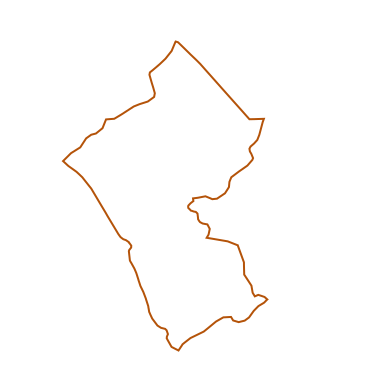 Quamishli, Hasaka (Al Haksa), Syria (Mercator projection), rotated 239°
{"feature_id": "27442178B53577550578456", "entity_name": "Quamishli", "entity_type": "district", "adm_level": 2, "iso_a3": "SYR", "parent_name": "Syria", "parent_adm1": "Hasaka (Al Haksa)", "projection": "mercator", "projection_center": [41.203, 36.804], "detail": "fine", "context": "isolated", "style": "outline", "palette": "amber", "viewbox_px": 384, "rotation_deg": 239, "n_neighbors": 0, "source": "geoboundaries", "source_scale": "gbopen_adm2", "svg_char_len": 2678}
<svg xmlns="http://www.w3.org/2000/svg" viewBox="0 0 384 384"><g transform="rotate(239 192 192)"><path d="M217.7,291.3L223.0,281.8L223.2,281.5L224.7,278.9L224.8,278.7L235.5,276.7L259.2,272.2L297.0,265.1L297.3,265.1L297.6,265.0L303.2,263.6L311.2,261.4L311.7,261.3L326.6,257.4L327.6,257.1L329.4,255.5L329.2,255.1L323.4,247.2L319.9,237.9L318.2,230.2L316.7,221.2L316.2,217.5L314.4,215.9L306.2,213.7L301.3,212.5L295.8,211.0L293.0,208.5L292.3,200.7L294.3,192.3L295.3,186.1L294.8,171.8L294.8,163.1L298.5,155.7L292.8,148.2L291.6,139.8L293.0,135.1L292.5,128.9L287.8,119.2L287.6,108.3L284.9,97.4L281.2,98.5L278.7,99.2L278.5,99.3L277.8,99.5L268.8,103.4L265.0,104.5L263.9,104.8L261.0,105.6L260.8,105.6L259.2,105.8L257.6,106.0L249.8,107.0L246.9,107.4L226.5,107.3L224.4,107.3L218.8,107.3L214.8,107.2L213.5,107.2L209.2,107.2L193.9,107.2L190.2,107.5L188.6,108.1L186.9,108.8L185.1,110.3L184.7,110.6L181.8,111.9L181.2,111.9L181.2,112.0L180.9,112.0L178.6,112.2L177.3,112.3L175.8,111.3L175.7,111.2L175.4,110.4L174.6,108.3L174.4,108.1L173.8,107.4L169.0,105.2L165.3,103.5L164.4,103.4L163.3,103.4L162.5,103.4L156.3,103.2L156.1,103.2L155.5,103.1L153.2,102.8L152.7,102.7L151.7,102.6L150.3,102.3L144.4,100.9L144.2,100.8L140.2,99.9L138.1,99.4L131.4,98.8L124.2,97.5L123.6,97.3L116.7,95.7L115.8,95.3L114.8,94.9L114.7,94.9L112.2,93.9L111.1,93.5L109.9,93.4L108.7,93.2L107.7,93.1L104.0,92.7L95.3,93.6L91.5,95.5L88.5,98.5L87.6,98.7L86.6,99.0L84.1,98.5L83.7,98.4L83.3,98.3L82.6,98.2L81.7,97.0L81.1,96.1L80.3,95.5L79.7,95.0L77.9,94.9L74.3,94.8L70.8,94.7L69.7,94.7L68.9,95.2L65.5,97.3L63.8,98.4L63.1,98.8L65.7,104.3L66.3,105.4L66.7,108.1L67.6,115.5L66.7,125.6L66.3,130.2L67.0,135.2L68.6,145.9L68.4,154.3L66.8,157.3L64.8,161.1L60.7,161.1L56.4,165.0L55.6,167.7L54.6,170.9L55.1,176.3L58.3,183.7L60.0,190.2L60.0,196.8L61.0,200.6L61.1,201.2L64.4,200.2L64.8,200.0L67.3,197.9L69.7,195.8L70.2,192.1L74.4,192.1L81.1,194.7L87.0,194.5L94.3,194.2L101.9,198.5L105.0,200.3L122.5,203.7L122.7,203.8L131.3,197.2L142.3,184.4L145.2,181.0L146.9,184.2L151.2,188.2L155.9,188.5L156.3,188.5L157.7,186.9L159.5,184.9L162.0,183.4L163.4,183.2L165.5,183.2L167.1,184.0L170.7,185.6L173.0,185.0L174.2,183.6L175.4,182.6L175.9,182.2L176.7,181.4L178.1,181.2L180.1,180.6L181.2,181.0L182.1,181.7L182.3,182.1L183.1,185.0L183.4,187.5L183.5,188.5L186.0,189.6L184.1,193.9L183.0,196.9L181.4,201.3L177.4,204.3L175.4,205.7L173.4,210.0L173.9,219.6L176.4,224.7L177.2,226.2L178.4,227.1L181.4,229.3L182.7,231.0L184.4,233.3L184.6,235.3L185.4,242.9L186.1,253.1L188.4,260.2L189.6,261.8L194.3,262.5L196.9,262.5L199.5,263.5L200.8,265.6L201.6,270.2L203.0,274.8L206.3,279.1L215.5,288.6L217.7,291.3L217.7,291.3Z" fill="none" stroke="#b45309" stroke-width="2"/></g></svg>